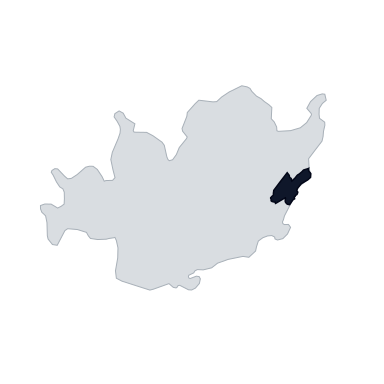 Neuchâtel highlighted on a map of Switzerland, rotated 167°
{"feature_id": "CHE-161", "entity_name": "Neuchâtel", "entity_type": "Canton", "adm_level": 1, "iso_a3": "CHE", "parent_name": "Switzerland", "parent_adm1": "", "projection": "albers", "projection_center": [6.837, 47.007], "detail": "fine", "context": "in_parent", "style": "filled", "palette": "ink", "viewbox_px": 384, "rotation_deg": 167, "n_neighbors": 0, "source": "natural_earth", "source_scale": "10m", "svg_char_len": 3450}
<svg xmlns="http://www.w3.org/2000/svg" viewBox="0 0 384 384"><g transform="rotate(167 192 192)"><path d="M278.1,119.6L280.2,120.8L285.1,125.0L284.3,132.4L279.2,144.5L276.7,154.2L276.6,161.6L277.3,165.1L278.3,165.0L283.5,165.4L286.1,165.3L294.6,166.9L301.4,169.6L302.9,172.7L303.9,176.4L312.1,181.2L321.4,184.2L324.5,183.0L335.3,170.4L339.8,172.2L342.8,178.5L342.8,181.9L340.2,194.8L340.0,201.7L342.9,206.1L343.4,209.7L342.7,212.9L338.2,213.4L332.0,211.9L326.5,206.6L322.7,207.5L319.3,209.0L317.8,214.3L316.5,220.6L317.1,224.1L319.7,226.7L321.8,232.3L323.5,239.6L324.7,242.9L323.6,244.5L320.4,245.6L317.7,244.7L312.6,236.1L310.2,232.8L306.5,232.4L300.0,234.8L290.1,240.1L286.1,240.2L282.6,239.3L279.2,235.3L276.2,227.3L275.1,222.3L273.2,222.5L266.8,221.2L263.8,223.3L264.0,231.6L263.8,241.9L260.7,248.6L252.1,260.4L248.9,265.5L247.7,269.1L247.5,272.2L249.0,277.6L251.0,282.7L249.5,285.7L244.8,287.4L241.3,284.3L239.8,278.8L232.3,271.3L235.5,264.9L234.9,263.3L222.8,260.3L217.4,255.6L210.0,247.3L208.5,243.7L208.6,231.9L208.1,229.0L207.1,227.6L203.6,227.8L198.8,232.0L194.4,238.2L185.3,245.3L184.3,246.7L187.5,253.4L187.4,256.1L180.0,266.9L178.7,270.5L169.1,277.3L164.7,279.9L151.3,275.1L147.6,274.5L141.7,277.9L133.3,281.1L119.6,284.3L114.6,282.0L112.2,279.9L111.1,276.6L107.6,270.9L103.8,267.5L101.1,263.8L97.5,259.8L95.2,256.4L98.3,245.5L96.1,241.7L94.9,236.3L95.5,232.6L94.3,231.7L82.1,229.6L72.0,230.2L64.7,233.8L58.7,239.7L58.0,241.0L58.4,242.1L61.3,247.7L56.2,253.4L48.5,257.9L43.0,258.3L40.6,257.4L40.6,251.2L45.1,248.9L49.2,244.9L50.7,239.2L51.2,235.1L47.0,230.2L47.5,227.2L50.2,221.6L51.8,216.6L53.9,212.3L62.4,205.3L70.9,198.2L72.2,190.7L72.9,181.4L74.1,179.2L85.4,173.8L88.2,171.6L89.7,168.5L98.6,158.2L107.3,147.9L109.1,144.5L110.6,142.5L110.6,140.8L109.4,139.5L105.3,138.7L103.9,135.4L108.4,129.6L114.0,126.1L119.5,126.0L121.7,127.6L121.6,129.5L124.0,131.6L128.2,132.2L133.3,131.5L138.4,129.3L141.5,124.1L143.3,120.2L151.3,115.6L156.8,117.8L172.0,118.2L183.1,116.9L189.9,113.7L198.5,113.6L204.3,115.2L205.4,114.9L206.9,114.5L208.5,112.8L213.9,111.6L214.6,110.2L214.3,108.8L213.3,108.1L206.7,109.0L204.1,108.0L203.4,105.5L205.4,101.2L210.3,97.6L214.4,96.6L217.4,97.5L224.9,103.8L226.6,104.0L227.6,102.8L229.1,102.1L231.7,103.3L234.6,107.3L235.1,107.9L251.4,106.0L255.1,105.9L266.4,112.6L278.1,119.6Z" fill="#d9dde1" stroke="#a8b0b8" stroke-width="1"/><path d="M73.1,188.8L73.4,188.2L73.5,186.8L73.3,185.7L72.4,184.0L72.1,183.1L73.2,179.6L76.4,177.8L83.6,175.5L88.1,172.1L89.7,169.9L88.9,168.1L89.8,166.5L90.4,165.9L92.1,165.3L92.3,164.7L92.6,164.5L93.6,164.0L93.5,162.3L95.5,161.6L99.7,157.7L100.5,158.0L101.9,158.7L102.6,159.7L103.0,160.6L103.2,161.1L103.3,161.5L103.2,162.2L102.9,163.4L102.9,163.6L102.5,164.0L102.3,164.8L102.3,165.4L102.5,165.4L112.7,162.2L113.2,162.1L113.2,163.4L114.1,163.7L116.1,164.7L116.6,165.2L116.9,165.6L116.9,165.8L116.6,166.0L116.4,166.2L116.5,166.4L116.5,166.5L116.6,166.9L116.7,167.7L116.8,168.0L116.7,168.4L116.7,168.6L116.6,168.8L116.4,168.9L116.1,169.0L115.9,169.2L115.5,169.5L115.3,169.7L113.8,170.4L113.5,170.7L113.3,171.1L112.9,172.8L112.6,173.4L112.0,175.2L107.0,179.4L104.4,181.6L102.2,183.4L94.9,189.4L93.8,187.0L93.6,186.6L93.5,185.9L93.6,185.0L93.5,184.4L93.3,183.9L92.8,183.5L92.4,183.0L92.2,182.4L92.4,181.4L92.2,180.2L88.2,182.6L86.4,184.1L85.4,184.8L83.3,185.5L80.0,187.2L79.1,187.9L78.4,188.3L77.8,188.4L74.4,188.6L73.1,188.8Z" fill="#0f172a" stroke="#020617" stroke-width="1.5"/></g></svg>